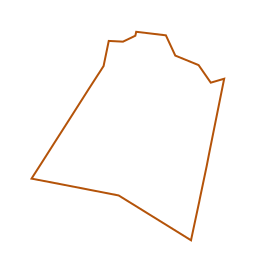 General Ocampo, La Rioja, Argentina (Robinson projection), rotated 101°
{"feature_id": "61730980B1877190753616", "entity_name": "General Ocampo", "entity_type": "district", "adm_level": 2, "iso_a3": "ARG", "parent_name": "Argentina", "parent_adm1": "La Rioja", "projection": "robinson", "projection_center": [-66.039, -31.058], "detail": "fine", "context": "isolated", "style": "outline", "palette": "amber", "viewbox_px": 256, "rotation_deg": 101, "n_neighbors": 0, "source": "geoboundaries", "source_scale": "gbopen_adm2", "svg_char_len": 534}
<svg xmlns="http://www.w3.org/2000/svg" viewBox="0 0 256 256"><g transform="rotate(101 128 128)"><path d="M226.2,44.7L224.4,44.7L196.9,44.2L186.5,44.0L183.3,44.0L150.5,43.5L143.3,43.5L137.5,43.5L61.3,43.0L67.7,55.4L52.8,70.7L47.9,95.4L29.8,108.5L32.0,138.3L36.0,138.4L44.2,149.4L46.2,163.5L71.9,163.8L73.3,164.4L78.4,166.4L81.8,167.8L97.5,174.1L128.5,186.3L157.3,197.7L177.4,205.6L193.7,212.1L196.1,213.0L196.0,183.7L196.0,179.6L196.0,150.1L196.0,124.3L208.2,92.1L226.2,44.7Z" fill="none" stroke="#b45309" stroke-width="2"/></g></svg>